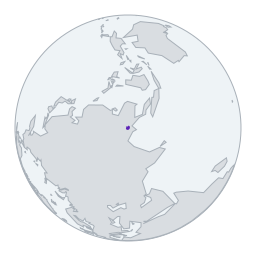 the Earth from above Kayah, rotated 237°
{"feature_id": "MMR-2473", "entity_name": "Kayah", "entity_type": "State", "adm_level": 1, "iso_a3": "MMR", "parent_name": "Myanmar", "parent_adm1": "", "projection": "orthographic", "projection_center": [97.388, 19.239], "detail": "fine", "context": "on_globe", "style": "filled", "palette": "violet", "viewbox_px": 256, "rotation_deg": 237, "n_neighbors": 0, "source": "natural_earth", "source_scale": "10m", "svg_char_len": 10428}
<svg xmlns="http://www.w3.org/2000/svg" viewBox="0 0 256 256"><g transform="rotate(237 128 128)"><circle cx="128" cy="128" r="113" fill="#eef3f6" stroke="#a8b0b8"/><path d="M235.3,162.0L235.1,162.7L235.1,162.9L235.3,162.0ZM175.3,25.8L177.5,27.3L182.0,29.9L178.2,28.1L189.1,34.8L193.0,38.6L186.4,33.1L184.0,31.8L185.6,33.6L183.5,32.7L183.0,33.1L180.4,32.0L176.7,29.2L175.0,28.5L176.2,29.9L174.3,29.9L172.8,27.9L169.3,27.8L162.6,24.0L160.8,20.9L154.9,19.1L148.7,17.3L157.8,19.4L166.7,22.2L175.3,25.8ZM137.1,15.7L136.6,15.7L134.9,15.6L134.1,15.5L137.1,15.7ZM185.6,32.2L184.6,31.3L186.3,32.5L185.6,32.2ZM183.4,33.4L184.4,34.0L183.7,34.0L183.4,33.4ZM179.1,32.4L177.8,32.3L178.5,31.9L179.1,32.4ZM176.6,32.0L173.4,32.4L175.2,33.6L168.1,30.5L173.2,31.0L173.8,30.1L174.8,31.3L176.6,32.0ZM138.4,15.8L138.2,15.8L138.4,15.8ZM140.1,16.0L149.0,17.3L150.0,17.6L146.8,17.0L149.3,17.7L145.4,17.1L143.1,16.7L143.3,16.5L141.7,16.5L140.1,16.0ZM164.7,28.8L163.3,28.6L164.0,28.3L164.7,28.8ZM136.6,15.7L138.4,15.9L139.3,16.1L136.0,15.9L136.8,15.8L136.6,15.7ZM151.9,18.3L152.0,18.5L148.9,18.1L148.5,18.2L145.4,17.2L151.9,18.3ZM135.7,15.7L134.3,15.8L132.3,15.6L135.0,15.6L135.7,15.7ZM140.9,16.3L141.2,16.4L140.0,16.2L140.9,16.3ZM124.3,15.5L126.4,15.4L127.0,15.5L124.3,15.5ZM134.0,15.8L134.7,15.9L135.2,16.0L133.9,16.0L134.0,15.8ZM143.4,17.0L142.1,16.9L144.5,17.4L142.3,17.3L140.6,16.7L140.4,16.9L139.7,16.9L139.1,16.5L143.4,17.0ZM134.1,16.3L131.2,15.8L127.3,15.8L126.6,15.7L133.0,15.8L134.1,16.3ZM137.1,16.4L135.1,16.3L135.2,16.1L136.7,16.1L137.1,16.4ZM141.3,17.5L145.2,17.8L145.5,18.0L141.3,17.5ZM132.9,16.3L133.7,16.4L132.6,16.3L132.9,16.3ZM138.7,17.1L140.1,17.2L140.3,17.3L138.7,17.1ZM134.0,16.8L133.1,16.6L134.0,16.5L134.0,16.8ZM136.1,16.9L136.1,17.2L134.9,16.6L136.7,16.9L136.1,16.9ZM138.7,17.3L139.3,17.4L138.1,17.2L138.7,17.3ZM130.9,17.3L129.2,16.6L131.3,16.4L132.7,17.1L130.9,17.3ZM38.4,59.7L39.1,58.9L37.2,61.7L38.5,64.6L38.1,66.1L34.5,70.4L32.7,80.9L36.2,77.9L38.1,85.1L41.5,87.4L48.8,78.8L43.2,74.8L45.7,69.6L52.9,69.0L58.2,73.1L59.4,71.2L58.8,65.3L63.0,63.1L59.0,63.0L58.4,65.3L55.9,65.5L56.3,63.4L57.7,62.6L56.9,60.9L50.2,65.5L48.9,68.4L45.1,66.7L42.6,71.5L40.5,72.7L43.9,65.2L45.8,63.1L49.8,54.4L47.4,56.4L43.5,64.9L43.4,63.7L40.2,67.0L42.6,63.5L47.5,54.3L46.0,53.3L38.9,59.6L39.1,58.9L40.6,57.0L44.1,52.8L49.2,47.6L48.0,50.0L50.7,47.6L55.3,43.0L54.5,44.3L56.2,42.9L56.2,43.9L60.4,41.9L61.0,42.8L66.8,39.1L68.0,39.2L64.2,41.2L61.9,43.3L64.0,46.1L65.6,45.8L69.2,43.3L69.3,44.6L72.5,41.9L75.7,42.7L74.5,39.6L78.7,37.2L82.9,36.4L84.1,35.1L77.3,36.5L74.8,37.7L72.9,39.5L65.9,42.8L64.3,42.5L70.9,37.4L69.3,36.7L75.1,33.4L90.0,30.8L94.0,31.6L92.1,37.7L88.7,38.6L87.8,36.8L84.8,40.6L86.9,39.3L87.0,40.5L91.0,38.9L91.3,39.8L94.7,37.0L95.5,37.9L93.3,39.6L99.9,38.5L102.7,40.1L104.0,39.5L104.7,38.4L107.7,41.5L108.6,40.9L108.0,39.6L109.3,37.8L112.9,35.9L113.7,37.0L112.5,37.9L111.3,41.6L108.1,44.0L108.8,44.3L111.8,42.6L113.3,37.9L115.2,36.5L114.9,38.5L115.2,37.7L116.4,37.3L118.3,38.2L118.8,36.0L130.9,31.9L135.9,33.6L134.4,35.6L143.7,35.1L148.7,37.7L148.1,36.4L152.2,35.8L150.7,35.0L150.7,34.4L160.5,33.3L163.4,34.2L167.0,33.0L166.7,32.5L164.7,31.7L168.1,30.5L175.2,33.6L175.6,34.7L179.8,36.3L180.0,38.6L182.0,41.5L179.7,43.6L181.6,45.9L183.0,46.3L186.6,50.2L189.0,57.2L180.6,49.7L175.8,40.3L177.2,43.8L175.0,42.6L174.3,43.6L175.5,46.4L176.8,46.9L168.8,50.3L167.8,58.1L172.5,57.8L175.9,60.3L178.9,70.5L171.5,84.7L175.9,89.5L176.4,92.7L173.2,94.7L172.3,90.0L168.7,88.3L168.7,85.6L163.2,87.7L162.9,83.9L158.8,87.7L160.8,90.7L165.7,90.0L162.2,95.4L167.8,100.9L168.8,107.5L161.0,119.3L152.3,122.8L151.9,124.9L148.2,122.5L143.7,126.6L150.7,138.6L150.6,142.1L143.1,148.5L142.8,145.9L133.2,139.4L131.6,147.5L138.9,154.5L141.4,162.4L135.9,159.9L133.3,152.9L129.9,150.3L130.7,143.3L127.6,132.5L122.0,134.2L122.3,130.0L117.2,120.9L109.1,123.0L96.2,133.0L94.6,143.7L90.1,147.8L84.2,131.3L84.1,120.7L80.4,121.0L75.6,111.1L62.8,107.4L62.4,104.4L59.7,105.0L56.5,101.1L56.4,96.4L53.9,95.8L54.5,108.4L57.4,109.2L61.8,105.8L61.2,110.1L64.4,114.8L55.9,122.8L39.2,126.1L39.9,117.8L39.6,93.0L41.0,90.8L41.1,90.6L41.2,90.1L38.7,93.3L39.5,88.7L37.1,105.1L35.6,111.7L38.9,126.5L38.0,127.4L39.8,130.8L48.4,130.9L47.9,133.5L42.4,144.1L32.6,156.2L35.3,167.8L36.9,176.8L33.9,180.1L37.3,187.4L36.2,188.4L38.2,192.3L39.0,195.2L39.3,197.1L37.4,194.9L32.7,188.1L28.6,180.9L25.0,173.5L21.9,165.8L19.4,157.9L18.5,154.1L17.2,147.6L15.4,131.0L15.6,123.9L15.8,119.9L15.7,119.1L16.6,111.1L18.1,103.2L20.2,95.4L22.8,87.8L25.9,80.4L29.6,73.2L33.8,66.3L38.4,59.7ZM61.5,82.7L66.3,85.2L68.3,78.4L70.4,78.9L70.3,76.6L68.5,78.0L69.0,71.8L72.6,71.1L74.2,68.6L72.6,67.7L65.9,70.0L65.1,78.6L62.2,80.5L61.5,82.7ZM65.8,35.3L64.4,36.5L62.3,37.7L61.5,37.6L64.5,35.7L65.8,35.3ZM62.8,38.1L69.6,33.5L70.3,33.7L68.8,34.3L68.6,34.9L66.0,36.1L60.1,41.1L57.9,42.6L57.7,40.9L59.0,40.5L60.3,39.2L62.8,38.1ZM85.5,24.3L88.4,23.1L86.3,25.0L83.8,25.9L82.8,25.6L85.2,24.3L85.5,24.3ZM132.1,15.4L132.5,15.5L131.2,15.5L129.8,15.5L129.9,15.4L127.8,15.5L126.9,15.4L125.2,15.5L119.6,15.7L132.1,15.4ZM107.3,17.3L107.7,17.3L109.6,16.9L110.5,16.8L108.6,17.1L112.0,16.6L116.5,16.6L121.4,16.1L123.1,16.2L121.3,16.4L124.2,16.4L122.0,16.9L123.1,17.1L122.1,17.9L117.9,18.5L119.5,18.7L118.8,19.5L115.4,20.3L116.2,19.4L111.9,21.0L110.9,20.3L110.5,20.5L108.4,20.4L105.2,20.7L105.2,20.4L103.9,20.7L102.5,20.7L100.8,21.1L100.3,20.6L98.1,21.1L99.1,20.7L95.4,21.7L97.9,20.8L96.3,20.9L94.8,21.7L96.2,19.9L95.9,20.0L107.3,17.3ZM130.5,17.5L125.7,18.1L122.9,18.1L125.9,16.6L125.2,16.5L127.0,15.9L131.2,16.0L130.2,16.1L130.3,16.3L129.0,16.2L130.1,16.4L128.9,16.6L129.4,16.9L127.8,17.0L130.5,17.5ZM39.8,65.0L39.8,65.7L40.4,66.3L38.4,68.6L39.8,65.0ZM42.9,58.7L43.3,58.8L40.8,62.0L40.7,61.3L42.9,58.7ZM45.7,56.4L43.5,58.6L44.6,57.0L45.7,56.4ZM64.8,41.3L65.4,41.5L64.7,42.2L63.3,42.9L64.8,41.3ZM102.7,25.9L103.5,25.1L104.3,25.1L107.8,23.7L108.8,24.3L107.1,25.4L102.7,25.9ZM46.6,79.8L44.3,80.9L44.4,79.6L45.2,79.5L46.6,79.8ZM40.2,74.4L40.6,76.8L39.7,75.0L40.2,74.4ZM104.4,26.3L105.7,25.6L105.4,26.4L104.4,26.3ZM109.7,24.7L109.7,25.4L109.3,24.2L109.7,24.7ZM92.5,229.4L94.8,230.5L93.1,230.2L92.5,229.4ZM48.6,180.4L49.4,194.3L46.1,193.0L43.4,188.1L41.7,179.2L44.9,178.0L45.9,174.4L48.6,180.4ZM168.9,179.7L172.0,180.0L171.9,180.4L168.9,179.7ZM165.5,178.2L169.2,178.2L164.9,179.3L165.5,178.2ZM170.7,178.2L174.4,177.0L176.0,176.1L175.7,177.1L170.7,178.2ZM163.0,178.3L149.1,178.5L143.5,177.2L144.9,175.4L153.9,175.9L163.0,178.3ZM144.4,175.4L135.9,170.2L123.9,154.8L128.2,155.2L140.7,164.7L139.9,166.2L145.1,170.3L144.4,175.4ZM165.0,165.8L164.1,170.5L156.5,170.3L153.0,169.6L150.6,163.6L151.9,160.5L154.8,160.6L165.8,149.9L169.6,152.3L166.3,156.8L169.5,160.8L165.0,165.8ZM95.1,144.8L97.6,151.5L95.2,152.2L95.1,144.8ZM170.0,142.3L165.7,147.1L169.6,140.7L170.0,142.3ZM172.2,136.3L172.6,138.7L170.7,136.5L172.2,136.3ZM151.9,128.2L148.9,128.8L148.7,127.1L152.5,125.4L151.9,128.2ZM169.6,113.2L169.9,118.1L169.4,119.8L167.9,116.9L169.6,113.2ZM114.9,32.4L108.9,33.4L105.2,35.0L104.2,37.0L103.0,34.8L108.7,32.4L114.9,32.4ZM128.8,31.8L129.7,30.3L131.1,30.9L131.1,31.3L128.8,31.8ZM128.1,30.9L126.0,29.3L127.6,28.5L129.0,29.9L128.1,30.9ZM114.9,27.2L113.1,27.4L113.4,26.8L114.9,27.2ZM189.3,219.0L190.8,216.4L194.1,215.3L191.4,218.0L189.3,219.0ZM217.6,196.3L218.0,195.8L217.7,196.2L217.6,196.3ZM181.6,209.8L160.5,217.5L156.2,217.0L158.1,214.5L155.8,206.9L157.3,207.0L157.3,201.6L170.2,195.9L179.8,185.8L186.0,185.8L191.3,178.4L197.5,178.0L195.2,183.7L200.9,186.3L206.4,173.4L208.4,185.6L211.5,189.0L210.5,196.3L199.1,210.5L194.0,213.9L193.7,213.1L191.4,214.7L188.8,214.8L188.8,211.2L186.4,212.8L189.3,209.5L185.6,212.6L184.9,210.3L181.6,209.8ZM225.1,178.4L225.6,178.4L225.9,180.0L225.1,180.2L225.1,178.4ZM234.0,165.7L233.8,166.5L233.4,167.3L234.0,165.7ZM235.1,162.9L234.7,163.9L235.3,162.0L235.1,162.9ZM229.7,169.4L229.8,170.1L229.5,170.5L229.7,169.4ZM229.5,169.3L230.1,167.8L229.8,169.1L229.5,169.3ZM227.7,163.8L228.2,162.9L228.3,163.4L227.7,163.8ZM176.7,179.7L181.3,175.8L183.6,175.3L176.7,179.7ZM227.3,162.6L226.3,162.8L226.4,162.1L227.3,162.6ZM227.5,160.9L227.5,160.0L227.9,162.0L227.5,160.9ZM225.7,159.4L226.8,160.7L225.5,159.7L225.7,159.4ZM224.9,159.9L224.0,159.5L224.1,159.1L224.9,159.9ZM213.2,164.3L216.8,169.3L213.6,169.9L210.1,167.0L206.9,171.0L200.0,171.6L201.7,169.2L200.9,166.1L193.4,165.7L191.9,163.7L194.6,162.0L189.6,160.8L195.1,159.2L197.3,163.4L200.5,159.6L205.6,159.7L210.5,160.3L214.1,162.9L213.2,164.3ZM195.0,169.0L195.9,168.8L195.0,170.3L195.0,169.0ZM222.2,157.6L223.6,159.3L223.4,159.9L222.7,159.8L222.2,157.6ZM215.0,161.9L219.1,157.4L220.0,157.3L217.2,162.0L215.0,161.9ZM218.2,155.3L220.0,155.3L220.8,157.2L220.4,157.8L218.2,155.3ZM183.6,166.0L183.3,167.3L181.8,166.4L183.6,166.0ZM185.5,165.1L189.9,166.1L185.1,166.2L185.5,165.1ZM171.6,161.8L173.0,164.6L177.3,162.5L174.0,165.4L176.8,170.0L175.8,171.9L173.0,166.9L171.9,172.2L170.0,172.2L169.0,167.7L171.0,162.0L172.9,159.6L180.6,158.2L171.6,161.8ZM185.5,161.6L184.3,158.3L185.2,155.9L186.5,157.6L185.5,161.6ZM180.6,150.3L177.3,146.5L174.4,148.2L180.2,142.3L182.4,146.9L180.6,150.3ZM177.6,141.7L174.9,143.2L177.6,139.8L177.6,141.7ZM174.1,141.9L173.7,139.1L175.9,139.4L174.1,141.9ZM179.1,141.7L179.3,137.0L180.6,139.7L179.1,141.7ZM172.4,133.0L177.4,137.3L171.2,135.6L170.3,126.6L172.9,126.2L172.4,133.0ZM183.2,95.9L182.2,93.5L184.4,92.8L184.5,94.6L183.2,95.9ZM190.7,89.0L184.7,91.8L179.7,94.4L181.6,95.4L181.0,99.8L177.9,95.9L180.9,91.0L184.8,89.9L184.8,86.4L187.3,83.9L185.8,79.6L186.7,77.7L189.2,81.3L190.7,89.0ZM185.0,77.9L183.4,70.6L187.8,71.4L189.1,73.1L188.0,76.1L185.8,75.5L185.0,77.9ZM184.3,69.1L182.1,68.6L175.0,58.6L174.6,56.8L182.3,64.3L180.6,64.2L181.6,66.7L184.3,69.1ZM164.1,29.2L163.4,28.7L164.7,29.1L164.1,29.2ZM149.8,33.9L150.0,33.2L151.5,33.6L149.8,33.9ZM151.5,31.4L149.7,31.5L151.3,30.9L151.5,31.4ZM145.6,31.7L148.8,31.2L146.3,32.4L145.6,31.7Z" fill="#d9dde1" stroke="#a8b0b8" stroke-width="1"/><path d="M128.9,127.3L128.8,127.5L128.7,127.7L128.7,127.8L128.8,127.8L128.7,127.9L128.7,128.0L128.8,128.0L128.8,128.3L128.7,128.3L128.6,128.5L128.6,128.8L128.6,129.0L128.7,129.3L128.4,129.3L128.2,129.5L128.0,129.4L127.9,129.3L127.9,129.2L127.7,129.1L127.4,128.8L127.3,128.7L127.2,128.6L127.2,128.4L127.2,128.2L127.0,127.9L127.1,127.7L127.1,127.4L127.2,127.2L127.3,127.2L127.5,127.0L127.5,126.8L127.6,126.7L127.8,126.7L128.0,126.6L128.3,126.7L128.3,126.8L128.3,127.0L128.5,127.1L128.8,127.2L128.9,127.3L128.9,127.3Z" fill="#8b5cf6" stroke="#5b21b6" stroke-width="1.5"/></g></svg>